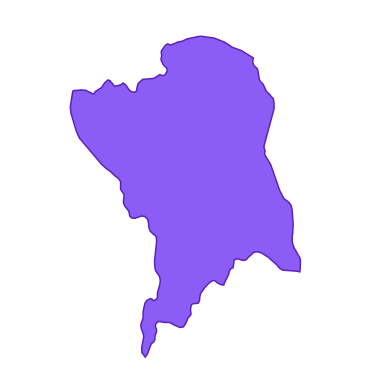 outline of Rôtânôkiri, rotated 167°
{"feature_id": "KHM-1795", "entity_name": "Rôtânôkiri", "entity_type": "Province", "adm_level": 1, "iso_a3": "KHM", "parent_name": "Cambodia", "parent_adm1": "", "projection": "albers", "projection_center": [107.133, 13.934], "detail": "fine", "context": "isolated", "style": "filled", "palette": "violet", "viewbox_px": 384, "rotation_deg": 167, "n_neighbors": 0, "source": "natural_earth", "source_scale": "10m", "svg_char_len": 3517}
<svg xmlns="http://www.w3.org/2000/svg" viewBox="0 0 384 384"><g transform="rotate(167 192 192)"><path d="M274.7,41.7L277.0,46.9L276.0,51.8L271.6,61.7L271.4,64.7L272.1,70.6L271.9,73.6L270.9,75.8L268.2,79.8L267.4,82.4L267.2,83.8L266.5,86.5L264.2,91.6L262.6,94.6L260.2,96.6L256.5,97.5L255.3,96.9L254.6,95.6L253.5,94.7L251.1,95.5L249.5,96.9L249.0,98.5L248.7,100.3L248.1,102.1L244.3,108.9L242.9,112.5L242.6,116.5L243.0,118.2L244.7,122.0L245.2,124.0L245.2,125.8L244.2,132.7L237.8,151.2L236.9,155.9L237.7,158.1L239.5,160.0L241.6,163.4L242.0,167.2L241.4,171.2L241.3,175.2L243.5,178.8L246.7,180.0L253.8,179.2L256.7,180.4L257.9,182.2L258.1,184.1L257.8,186.0L258.0,187.8L260.7,193.5L260.8,194.5L261.2,196.9L260.7,199.1L259.7,201.4L258.8,204.6L260.9,210.5L260.7,212.3L259.5,216.5L259.4,218.5L260.4,221.5L264.0,225.8L265.8,228.7L266.2,229.6L270.5,234.4L273.8,239.2L289.6,269.9L291.0,277.0L292.2,296.1L291.5,302.1L285.5,317.0L285.4,317.0L283.7,317.5L282.1,317.0L276.9,316.4L275.8,316.1L275.1,315.7L273.1,315.1L272.4,314.9L272.0,314.6L271.1,313.6L270.4,313.0L268.9,312.1L267.0,310.3L266.0,309.7L265.4,309.7L264.9,310.0L264.3,311.0L263.8,311.4L263.0,311.9L260.7,312.6L259.5,313.2L257.2,313.9L256.6,314.2L256.1,314.5L255.3,315.2L254.2,316.5L253.0,317.6L252.1,318.3L248.5,320.1L246.7,318.8L246.8,317.7L245.8,316.9L244.0,313.2L243.0,312.4L238.5,312.4L236.5,312.7L234.6,313.7L232.5,311.2L230.0,305.0L228.0,303.0L224.5,302.1L222.9,303.9L221.8,306.8L220.2,309.7L214.8,312.8L203.4,311.3L196.8,313.7L195.2,312.2L192.9,312.0L192.3,312.1L192.0,312.2L189.5,314.9L189.1,315.5L188.9,316.1L188.7,316.8L188.7,317.5L189.1,318.8L189.8,319.9L190.5,320.9L191.1,322.1L191.4,322.7L192.1,325.6L192.2,325.8L192.4,326.9L192.4,327.6L192.3,328.4L192.1,329.1L191.8,329.7L191.2,330.8L190.9,331.7L190.5,335.4L190.2,336.1L189.8,336.6L188.9,337.5L184.9,340.9L183.6,341.5L182.5,341.8L181.9,341.6L181.4,341.2L180.9,340.8L180.4,340.4L179.8,340.1L176.9,340.3L172.1,341.3L170.8,341.4L170.0,341.2L167.8,341.1L162.1,342.3L159.1,342.2L151.2,342.1L148.0,341.7L135.8,337.0L126.7,330.8L120.0,323.8L112.7,319.1L111.5,318.1L102.1,308.8L103.5,305.5L103.6,303.2L103.5,302.4L103.3,301.6L103.0,300.9L102.7,300.4L101.5,298.8L100.7,297.3L100.5,295.4L101.0,288.1L100.9,286.0L100.4,284.0L98.5,281.0L96.9,273.6L93.9,268.6L93.3,267.1L92.4,265.9L91.8,264.6L92.1,260.0L93.3,254.7L111.4,220.8L111.8,219.6L111.6,215.0L112.8,213.0L112.3,210.6L109.1,200.7L106.2,173.8L104.0,165.1L102.7,163.4L101.1,161.6L99.8,159.8L98.6,157.2L98.4,154.9L98.4,152.4L100.7,137.6L101.0,136.3L102.1,133.3L102.6,130.9L104.5,125.5L105.5,121.1L105.4,117.5L105.0,114.2L104.0,111.5L103.2,108.2L101.7,103.9L101.7,102.0L102.0,99.6L104.3,91.5L104.7,90.5L105.0,89.9L107.4,91.2L121.1,95.4L121.9,96.1L123.4,97.7L124.3,98.9L125.7,101.8L132.3,111.2L137.3,116.3L139.9,118.2L142.6,119.2L145.4,119.3L152.7,115.2L153.6,114.3L154.7,113.8L156.7,113.6L158.4,114.2L162.0,116.4L163.9,116.8L166.2,116.1L166.9,115.1L167.0,113.9L169.1,108.9L171.5,108.4L172.3,107.9L175.9,102.1L181.5,95.3L181.6,94.3L182.2,94.2L184.6,95.2L187.7,97.7L189.3,100.0L191.3,101.1L195.5,99.7L201.3,95.8L206.4,91.2L208.0,88.1L209.0,84.8L210.6,82.4L213.4,82.5L213.5,82.5L216.3,83.0L218.0,82.1L219.9,78.1L220.3,74.2L220.6,72.9L221.4,72.0L223.6,70.6L224.5,69.8L227.9,65.0L230.7,62.5L234.2,62.7L239.3,66.4L242.8,69.7L244.7,70.4L248.2,71.1L252.6,73.1L254.8,73.2L257.2,71.2L257.8,69.7L257.8,68.0L257.6,66.4L257.7,64.8L258.3,63.3L259.6,61.4L260.3,60.3L261.7,55.9L263.0,54.6L265.9,53.1L272.1,43.9L274.7,41.7Z" fill="#8b5cf6" stroke="#5b21b6" stroke-width="1.5"/></g></svg>